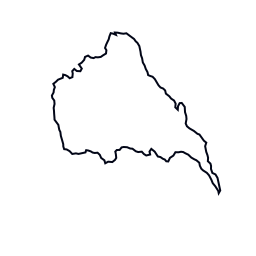 Piên, Paraná, Brazil (Natural Earth projection), rotated 158°
{"feature_id": "56859067B57864591645239", "entity_name": "Piên", "entity_type": "district", "adm_level": 2, "iso_a3": "BRA", "parent_name": "Brazil", "parent_adm1": "Paraná", "projection": "natural_earth1", "projection_center": [-49.461, -26.066], "detail": "fine", "context": "isolated", "style": "outline", "palette": "ink", "viewbox_px": 256, "rotation_deg": 158, "n_neighbors": 0, "source": "geoboundaries", "source_scale": "gbopen_adm2", "svg_char_len": 2303}
<svg xmlns="http://www.w3.org/2000/svg" viewBox="0 0 256 256"><g transform="rotate(158 128 128)"><path d="M176.6,121.3L175.1,123.1L173.4,122.1L171.3,120.3L170.0,118.5L168.2,117.3L165.5,116.5L164.2,113.7L164.1,110.3L162.0,106.9L162.3,103.8L159.0,104.2L155.3,102.3L152.0,103.3L150.1,104.7L149.1,108.2L148.6,110.9L146.6,111.8L144.0,110.8L141.2,112.4L139.1,112.0L136.0,110.5L133.7,108.2L131.6,107.1L129.5,103.5L127.6,101.9L124.1,100.9L123.0,97.9L121.4,95.7L117.4,95.1L116.9,98.1L114.2,99.9L112.1,96.1L111.0,90.4L108.8,88.9L107.2,86.4L105.7,85.0L105.0,82.8L103.2,81.9L100.3,84.6L96.3,85.4L93.1,87.8L90.4,86.6L87.7,86.1L85.8,85.0L84.4,83.2L82.1,80.7L80.4,76.9L78.3,74.2L76.7,72.5L74.9,69.1L75.5,66.1L75.3,62.8L74.3,60.6L71.7,56.9L70.6,53.8L70.1,48.9L70.1,45.1L68.9,41.3L67.9,35.9L68.3,33.6L65.9,35.5L63.7,48.2L64.3,52.2L66.6,54.7L66.4,58.9L65.2,61.7L64.9,64.1L66.4,67.3L64.9,70.4L64.5,73.1L64.4,76.5L63.3,82.2L60.9,85.1L62.4,87.8L64.2,95.2L65.8,96.6L68.0,100.6L69.9,103.0L71.2,104.7L72.7,107.5L72.8,110.6L70.4,114.4L69.5,117.4L69.2,121.3L67.5,126.3L68.8,131.1L70.8,131.7L73.5,129.4L75.0,126.3L76.4,129.5L74.7,132.7L75.0,136.2L77.0,139.1L77.8,141.9L80.0,145.7L79.5,148.9L80.6,151.4L82.7,153.4L83.7,156.1L84.3,160.0L84.8,163.3L86.0,166.3L87.9,167.9L89.5,169.5L89.0,172.5L89.4,176.1L89.2,179.7L89.7,183.2L88.8,187.4L88.7,190.7L87.8,194.1L87.3,196.9L86.8,199.7L87.4,203.5L88.4,205.5L89.0,208.2L91.6,212.4L94.0,216.4L96.9,217.1L99.2,218.4L101.8,220.2L104.3,221.4L104.3,218.9L106.4,221.0L108.5,222.4L110.9,219.9L112.7,217.4L114.3,216.0L117.1,213.4L119.3,210.8L118.9,208.2L120.5,205.3L124.1,204.7L126.6,204.1L129.5,204.8L131.6,205.9L133.7,205.7L136.2,207.3L137.9,210.1L141.2,210.0L143.1,207.6L146.5,205.9L149.7,205.3L149.1,202.6L148.6,200.4L150.9,198.5L154.1,200.0L155.7,202.9L158.4,201.6L158.8,199.3L160.5,196.0L163.4,196.0L164.6,198.5L166.3,200.5L168.1,201.8L169.7,199.0L172.2,199.0L174.8,199.0L177.4,197.9L180.7,196.9L180.5,193.3L182.4,191.2L183.7,188.8L186.4,186.6L186.9,184.3L186.1,181.1L187.1,177.8L189.4,174.5L190.2,171.6L191.1,169.0L192.2,165.5L193.0,163.2L192.2,160.1L191.4,157.0L191.9,154.7L192.4,152.0L192.2,149.7L193.2,145.9L193.7,140.9L194.1,137.3L194.9,135.1L195.1,132.3L192.9,131.1L190.8,128.4L189.4,124.8L185.8,124.0L183.6,122.5L176.6,121.3Z" fill="none" stroke="#020617" stroke-width="2"/></g></svg>